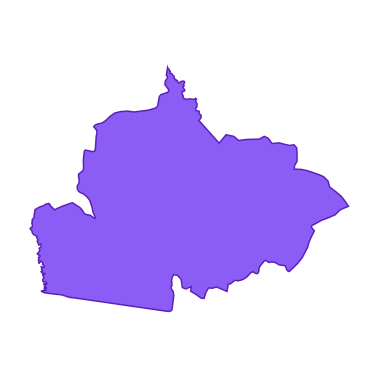 the district of Kota Lubuklinggau, Sumatera Selatan, Indonesia, rotated 96°
{"feature_id": "22746128B74548717001691", "entity_name": "Kota Lubuklinggau", "entity_type": "district", "adm_level": 2, "iso_a3": "IDN", "parent_name": "Indonesia", "parent_adm1": "Sumatera Selatan", "projection": "robinson", "projection_center": [102.884, -3.254], "detail": "fine", "context": "isolated", "style": "filled", "palette": "violet", "viewbox_px": 384, "rotation_deg": 96, "n_neighbors": 0, "source": "geoboundaries", "source_scale": "gbopen_adm2", "svg_char_len": 5913}
<svg xmlns="http://www.w3.org/2000/svg" viewBox="0 0 384 384"><g transform="rotate(96 192 192)"><path d="M307.6,328.7L307.9,320.1L307.9,310.8L309.6,303.0L309.6,298.4L313.3,203.1L312.6,200.8L311.2,199.6L307.7,199.5L296.9,199.3L293.2,200.2L289.7,203.0L288.2,202.6L287.6,202.2L287.2,202.2L286.8,202.2L286.3,202.4L285.7,202.4L283.9,202.5L283.5,202.9L283.4,203.0L279.3,202.9L276.6,201.8L276.2,201.4L276.3,199.1L276.4,197.8L280.0,193.7L288.0,191.6L288.6,189.9L288.8,190.0L288.4,189.9L289.1,188.0L286.1,182.8L290.8,183.0L293.3,177.6L296.6,171.9L296.6,168.9L290.4,167.7L287.0,166.1L285.7,165.4L285.6,161.8L283.9,157.6L287.2,146.8L279.7,146.3L279.5,144.4L275.5,140.2L275.3,139.9L275.3,139.7L275.3,139.2L275.4,138.6L275.5,137.7L275.5,137.1L275.3,136.4L274.7,134.6L274.1,133.2L273.5,132.0L272.7,130.9L272.0,130.0L271.4,129.4L270.8,128.7L269.9,127.9L269.4,127.5L267.5,126.2L267.0,125.8L266.9,125.7L266.4,125.3L265.9,124.7L265.5,124.2L265.2,123.8L265.0,123.4L265.9,121.3L266.2,120.4L266.4,119.7L266.4,118.9L266.3,118.6L266.3,118.4L266.1,118.2L265.9,118.0L265.7,118.0L265.9,117.9L265.7,117.9L264.3,117.3L263.5,117.3L262.6,117.3L261.4,117.3L260.4,117.2L259.8,117.0L259.3,116.8L258.3,116.4L256.1,115.0L252.8,112.7L252.4,112.4L252.2,112.2L254.1,107.9L253.3,106.2L253.3,102.6L254.4,99.7L255.3,98.0L255.5,94.7L255.5,91.8L255.6,91.7L256.4,91.2L257.0,90.8L257.6,90.5L258.2,90.3L258.8,90.0L259.3,89.8L259.6,89.4L259.8,89.3L259.9,89.1L260.2,88.9L260.4,88.6L260.8,87.7L260.9,87.0L260.4,86.6L260.7,85.8L260.3,86.6L258.3,84.7L257.1,83.8L257.1,83.6L251.3,79.0L245.5,75.4L234.5,71.1L230.5,70.6L224.6,68.8L218.0,66.3L217.8,66.3L216.9,67.2L214.7,69.5L213.1,69.5L206.7,60.4L203.5,53.9L199.7,47.3L194.4,42.9L192.7,40.2L189.9,34.9L185.3,38.7L180.8,43.0L177.0,48.5L172.7,55.6L167.0,57.8L163.0,62.7L161.4,67.7L160.0,73.9L158.7,79.9L158.1,85.9L158.6,92.6L155.1,92.8L150.7,90.8L143.0,91.5L137.1,92.5L134.4,95.5L135.5,100.0L134.8,105.7L134.0,110.2L135.4,117.4L130.5,122.0L129.1,126.0L132.4,130.6L134.0,143.0L135.9,151.0L132.3,156.2L131.5,164.1L140.6,170.1L120.1,192.7L119.5,192.2L118.1,191.2L116.3,190.7L115.3,191.0L114.4,191.2L113.8,192.3L113.4,192.9L112.9,193.1L111.5,193.2L110.9,193.4L110.7,194.0L110.8,196.2L110.6,196.6L109.1,196.9L107.8,196.8L106.9,196.1L105.2,196.0L103.7,196.2L102.3,197.1L101.3,197.9L100.8,198.0L100.1,197.7L99.5,197.2L99.0,197.5L98.4,198.1L99.7,199.5L99.6,204.2L100.4,206.8L100.2,209.5L99.4,209.9L99.3,210.2L98.9,210.6L98.4,210.9L97.9,210.8L97.4,210.8L96.7,211.2L96.4,211.6L95.9,211.9L95.3,212.0L94.6,212.3L93.8,212.3L93.1,212.2L93.0,211.7L93.0,210.9L92.7,210.4L92.3,210.3L91.7,209.8L91.4,209.8L89.8,211.2L89.4,211.6L88.7,211.9L88.4,211.9L88.2,211.9L87.6,211.0L87.0,211.1L86.6,211.4L86.2,211.6L85.9,211.6L85.5,211.4L84.2,210.9L83.7,210.9L83.2,211.0L82.7,211.5L82.6,212.0L82.8,213.2L83.2,214.3L84.0,215.4L84.8,216.0L84.9,216.4L84.9,216.8L84.6,217.3L83.6,217.8L83.1,218.0L82.6,218.4L82.5,218.7L82.8,219.4L82.3,219.6L81.7,220.0L81.5,220.7L81.3,221.1L80.9,221.5L79.9,221.6L79.5,221.9L79.0,222.0L78.9,222.0L78.6,222.0L78.4,222.4L78.4,222.8L78.1,223.2L77.9,223.3L76.6,224.3L76.3,224.9L76.3,225.2L76.5,225.5L76.4,225.9L75.8,226.2L75.2,226.1L74.4,226.1L73.9,226.5L73.9,226.8L73.6,227.1L73.3,227.4L72.8,227.5L72.4,227.6L72.1,227.9L72.0,228.4L71.5,228.9L70.7,229.3L78.8,229.7L79.2,228.8L80.9,228.2L84.3,230.1L85.8,230.2L88.1,230.1L92.9,225.7L95.4,226.4L98.3,233.0L100.3,234.4L110.3,235.2L112.4,237.2L115.1,243.7L118.5,258.0L118.3,264.7L119.5,271.4L121.5,277.0L125.0,281.1L129.8,285.1L132.9,288.8L134.2,292.9L135.5,295.3L137.4,296.6L140.4,293.4L142.6,292.7L146.5,293.1L159.3,292.6L161.6,293.1L162.3,295.4L161.7,299.3L161.5,302.6L162.9,303.4L171.5,303.4L180.2,302.3L182.1,302.7L186.1,306.7L189.9,306.2L191.5,305.4L191.6,305.5L194.5,305.3L198.0,306.7L200.8,306.5L203.2,304.8L204.3,302.8L205.2,299.8L207.6,296.1L211.1,292.8L218.3,289.5L220.6,288.9L220.9,288.8L221.1,288.8L221.7,288.7L227.6,285.5L228.3,285.7L228.2,286.8L225.6,291.0L225.7,293.8L224.7,296.8L221.8,299.0L219.2,301.8L215.2,309.8L216.0,311.7L217.6,315.1L219.7,319.4L222.3,324.1L224.2,326.8L223.5,327.3L223.1,328.0L222.6,328.8L222.3,329.1L221.8,329.6L221.3,330.3L221.1,330.8L220.9,331.2L220.4,331.8L219.9,332.0L219.6,331.8L219.2,331.8L219.1,332.1L219.1,332.4L219.2,332.7L219.0,333.0L218.8,333.0L218.4,333.2L218.3,333.3L219.5,336.2L219.7,336.7L221.4,338.4L222.3,341.0L223.4,342.8L224.6,344.5L225.3,344.9L225.6,346.1L228.5,346.5L229.7,346.4L230.2,346.5L232.4,346.5L234.0,346.4L235.9,347.9L236.4,348.0L238.7,347.7L239.4,348.1L239.8,348.1L240.1,347.8L240.3,347.6L241.8,347.4L243.4,347.1L244.7,348.9L245.4,349.1L247.1,347.6L247.5,347.1L249.2,346.6L250.1,345.9L251.1,344.6L251.6,343.2L252.2,341.8L252.6,341.5L253.9,341.6L255.6,340.2L255.9,340.2L257.1,340.8L260.7,338.9L260.5,338.1L259.6,337.3L259.5,336.9L259.7,336.7L261.6,336.3L262.0,336.3L263.6,337.9L264.1,338.1L264.5,338.0L265.5,337.1L265.9,337.2L267.3,337.9L268.2,338.2L269.3,339.4L270.0,339.2L270.4,338.5L271.2,336.6L271.6,336.4L271.9,336.3L273.0,337.9L274.6,337.3L276.0,337.7L276.9,336.7L278.5,337.1L278.8,336.8L278.7,336.4L276.5,335.1L276.5,334.7L278.0,333.1L278.4,332.8L279.4,333.1L279.8,332.8L280.9,331.3L281.6,331.0L282.2,331.1L282.5,331.6L282.4,332.4L282.0,333.7L282.1,334.1L283.1,333.0L284.1,333.7L284.5,333.6L285.8,332.4L286.1,332.5L286.9,333.8L287.1,333.7L288.6,332.2L288.2,330.8L288.5,329.8L289.1,329.9L289.9,331.6L290.2,331.8L292.6,330.3L293.0,330.3L294.0,331.1L294.3,331.3L296.3,331.0L296.7,330.7L296.9,330.2L296.7,328.5L296.9,327.8L298.4,326.6L298.6,326.6L298.8,327.1L298.5,329.5L298.9,329.7L299.4,329.8L299.6,329.5L299.8,328.3L300.0,328.0L300.3,328.0L301.8,329.0L302.0,329.0L302.2,328.8L302.2,326.9L302.6,326.8L302.9,326.9L303.8,328.9L304.2,328.8L304.3,328.7L304.5,328.5L304.6,327.3L304.8,327.1L305.1,327.2L305.2,327.6L305.3,327.5L305.4,328.3L305.6,328.9L305.9,330.4L306.0,331.3L306.3,331.3L306.7,331.2L306.9,330.8L307.1,329.7L307.2,329.0L307.6,328.7Z" fill="#8b5cf6" stroke="#5b21b6" stroke-width="1.5"/></g></svg>